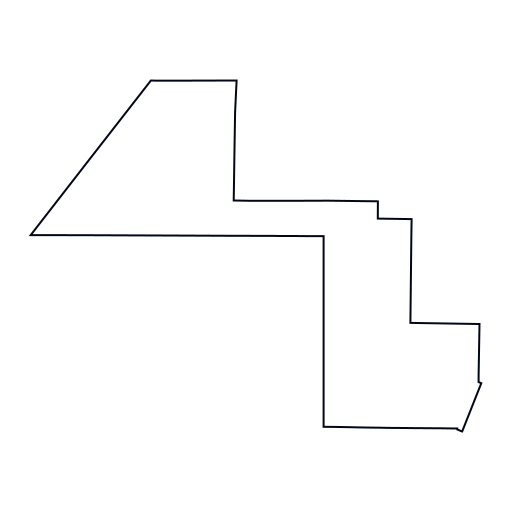 Almirante Brown, Chaco, Argentina (Mercator projection)
{"feature_id": "61730980B31934399065102", "entity_name": "Almirante Brown", "entity_type": "district", "adm_level": 2, "iso_a3": "ARG", "parent_name": "Argentina", "parent_adm1": "Chaco", "projection": "mercator", "projection_center": [-61.764, -25.756], "detail": "fine", "context": "isolated", "style": "outline", "palette": "ink", "viewbox_px": 512, "rotation_deg": 0, "n_neighbors": 0, "source": "geoboundaries", "source_scale": "gbopen_adm2", "svg_char_len": 1337}
<svg xmlns="http://www.w3.org/2000/svg" viewBox="0 0 512 512"><path d="M323.6,426.8L330.7,426.9L333.1,426.9L350.6,427.2L359.1,427.4L371.1,427.6L379.6,427.7L388.3,427.9L388.7,427.9L390.7,427.9L404.8,428.0L413.7,428.1L441.6,428.3L445.0,428.3L446.4,428.4L447.0,428.4L457.3,428.5L457.3,429.5L462.1,431.5L462.4,430.9L481.3,383.2L478.6,382.1L478.6,376.0L479.5,324.0L479.4,324.0L477.9,324.0L411.3,322.9L410.4,322.9L411.3,240.1L411.6,219.1L377.8,218.6L377.9,201.4L377.3,201.3L367.8,201.2L329.9,200.7L327.8,200.7L323.8,200.7L323.5,200.7L323.0,200.7L294.1,200.8L291.5,200.8L287.0,200.8L250.2,200.8L233.7,200.5L234.0,182.9L234.4,155.1L235.1,112.1L236.6,80.5L227.6,80.5L209.1,80.6L156.5,80.7L151.3,80.5L150.9,80.5L90.3,158.3L83.5,167.0L83.4,167.2L66.7,188.7L50.4,209.7L38.2,225.4L30.7,235.1L85.2,235.2L188.2,235.6L233.0,235.8L239.1,235.8L247.3,235.8L255.6,235.9L262.8,235.9L264.9,235.9L266.4,235.9L268.0,235.9L274.5,235.9L279.3,236.0L288.9,236.0L293.7,236.0L305.2,236.1L318.1,236.1L322.5,236.1L323.6,236.1L323.6,250.8L323.6,272.0L323.6,290.2L323.6,293.3L323.6,295.1L323.6,296.9L323.6,297.7L323.6,304.8L323.6,324.3L323.6,329.6L323.6,331.4L323.6,337.4L323.6,343.5L323.6,344.7L323.6,346.5L323.6,347.2L323.6,347.6L323.6,369.8L323.6,377.5L323.6,380.6L323.6,394.9L323.6,405.8L323.6,413.5L323.6,426.8Z" fill="none" stroke="#020617" stroke-width="2"/></svg>